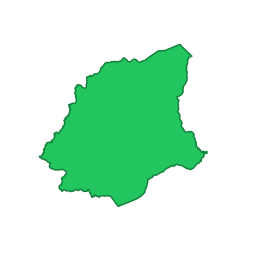 José Joaquín de Herrera, Guerrero, Mexico (Albers equal-area conic projection), rotated 240°
{"feature_id": "50627088B58931459809132", "entity_name": "José Joaquín de Herrera", "entity_type": "district", "adm_level": 2, "iso_a3": "MEX", "parent_name": "Mexico", "parent_adm1": "Guerrero", "projection": "albers", "projection_center": [-98.998, 17.441], "detail": "fine", "context": "isolated", "style": "filled", "palette": "green", "viewbox_px": 256, "rotation_deg": 240, "n_neighbors": 0, "source": "geoboundaries", "source_scale": "gbopen_adm2", "svg_char_len": 5731}
<svg xmlns="http://www.w3.org/2000/svg" viewBox="0 0 256 256"><g transform="rotate(240 128 128)"><path d="M174.0,215.1L174.7,213.5L176.7,198.4L179.6,192.7L178.9,182.5L178.1,176.5L179.0,173.0L178.9,171.6L179.3,170.6L179.9,170.1L180.7,169.7L181.2,169.7L183.1,169.1L184.2,168.3L184.6,167.6L184.7,167.0L184.3,163.1L184.7,162.1L185.3,161.4L186.0,161.2L187.0,161.1L189.6,160.2L190.3,159.9L190.9,159.2L191.0,158.7L189.7,156.6L190.0,153.8L190.4,152.6L191.3,150.7L191.6,150.8L193.8,146.6L193.8,145.2L194.0,144.5L194.7,143.4L195.1,142.8L195.5,141.8L195.6,140.5L194.1,137.6L193.8,136.7L193.8,135.2L193.5,134.5L191.1,132.2L190.3,129.5L190.3,128.8L191.7,125.5L190.7,123.5L190.6,122.7L191.2,122.0L192.0,122.2L192.4,121.5L192.1,120.9L192.6,117.5L190.6,116.8L188.9,115.6L188.3,115.6L185.9,113.2L184.9,112.9L184.2,112.2L183.8,110.6L184.4,110.0L185.0,109.7L185.9,108.9L188.1,108.7L189.5,107.6L190.2,106.3L190.7,106.0L190.6,105.5L190.3,105.1L190.0,104.0L189.5,103.9L189.3,103.7L189.2,102.4L189.0,102.1L188.7,101.9L187.7,101.8L187.3,101.4L186.5,101.4L186.1,100.8L185.6,100.6L185.5,100.0L185.2,99.5L184.5,99.6L184.0,99.3L183.7,99.4L183.0,99.0L182.1,99.1L181.3,98.2L179.7,98.0L179.0,97.8L178.3,97.2L176.8,96.5L176.5,96.2L176.1,94.9L176.3,93.8L176.5,93.0L177.2,92.1L177.3,90.9L177.0,90.3L177.1,89.9L177.8,89.0L177.9,88.4L177.6,88.3L176.2,88.7L176.1,87.6L175.7,87.6L175.3,87.9L174.9,87.9L173.6,87.1L173.3,87.1L173.2,87.5L172.6,87.5L172.6,86.4L170.4,85.1L170.3,84.5L169.5,83.8L169.5,83.4L168.4,82.5L168.8,81.9L168.4,81.7L168.1,80.9L168.4,80.1L168.2,79.5L168.2,79.0L167.8,78.5L167.4,78.8L166.8,78.7L166.9,77.4L166.6,76.4L166.1,76.2L165.2,76.5L165.0,76.4L163.1,74.7L162.5,74.5L162.1,74.0L162.0,72.3L161.7,72.3L161.3,72.7L160.9,72.5L160.8,72.3L160.6,70.8L160.0,70.1L159.7,69.4L159.8,68.3L158.9,66.6L158.1,65.7L158.0,65.2L158.1,64.9L158.4,64.7L159.7,64.4L160.1,63.8L160.1,61.1L159.9,60.9L159.3,61.3L158.8,61.4L157.9,60.2L156.6,59.9L155.9,58.7L155.9,58.3L155.2,57.0L155.2,56.6L155.4,55.8L154.9,55.5L154.1,55.4L153.8,55.1L153.7,54.8L153.8,54.5L154.7,54.6L154.5,54.2L154.1,53.7L155.1,52.5L155.5,50.7L155.7,50.2L155.7,49.9L154.5,49.0L154.4,48.7L154.5,47.7L154.3,47.5L154.2,47.4L153.4,47.4L152.8,46.9L151.7,44.3L151.3,44.1L151.1,44.6L150.7,44.6L150.4,44.3L150.4,44.1L150.1,43.6L149.8,43.4L149.0,43.4L148.8,42.0L147.9,41.9L147.8,41.7L148.0,40.9L147.1,39.5L146.9,38.7L147.0,38.2L147.6,37.6L147.6,37.1L147.1,36.9L146.7,37.0L145.2,37.9L144.1,38.1L143.5,39.2L141.8,40.2L141.6,40.2L141.2,41.0L140.9,41.2L140.0,41.3L139.6,41.5L138.7,41.5L137.3,42.5L137.0,42.5L136.7,43.0L136.2,43.3L135.9,43.3L135.9,42.8L135.6,42.3L134.1,40.7L133.0,40.6L132.2,40.8L131.1,41.3L130.8,41.8L129.8,42.6L128.5,43.5L128.1,44.1L126.2,47.3L125.2,50.0L124.9,50.6L124.3,51.1L123.9,51.5L123.5,51.5L121.8,52.5L121.0,52.7L120.3,52.5L118.8,51.0L118.9,50.4L117.9,48.1L118.1,46.6L117.9,45.8L117.6,45.5L117.4,45.0L116.3,45.2L115.9,44.8L114.3,44.4L113.8,43.4L113.8,43.1L113.0,42.5L112.4,42.5L112.4,40.4L111.9,39.1L111.2,38.9L110.1,38.4L109.3,38.3L108.8,39.1L108.1,39.1L107.9,39.0L107.5,39.3L106.3,39.2L106.3,40.3L106.8,41.2L106.1,42.2L104.5,43.0L103.6,44.9L101.8,46.4L101.0,48.4L100.6,49.9L101.0,51.1L101.0,52.0L100.0,52.6L98.8,53.5L98.8,54.7L98.5,56.2L98.5,56.8L96.8,57.2L95.4,58.0L94.8,58.6L94.4,59.7L93.7,60.8L93.9,61.7L94.7,62.3L94.8,62.7L94.4,62.8L92.2,62.8L91.7,62.6L90.8,62.8L89.9,62.3L89.1,62.6L88.4,62.6L86.1,62.1L85.6,64.6L86.6,65.2L86.2,66.1L84.6,66.6L83.7,68.0L82.4,68.3L82.8,69.7L82.6,71.3L82.1,72.4L81.3,72.8L80.5,74.0L80.1,75.4L79.2,76.8L77.6,78.8L65.1,80.3L63.4,91.5L62.3,100.1L62.4,103.5L62.5,104.9L63.2,108.1L63.8,110.2L64.8,110.9L65.5,111.7L68.3,115.3L72.0,118.5L73.6,119.5L73.1,120.5L73.4,121.6L73.4,122.5L73.4,123.2L73.2,123.6L73.2,124.8L73.4,125.4L73.8,125.7L74.2,126.3L74.2,127.0L73.9,127.9L73.0,128.9L72.9,129.5L73.2,132.4L73.0,135.8L72.7,135.9L72.5,136.2L72.5,136.8L73.2,138.6L73.5,139.9L73.6,142.5L73.4,143.0L73.3,144.1L73.7,145.9L73.5,146.7L72.1,148.3L72.2,151.7L71.8,152.3L71.1,152.8L70.5,153.7L68.7,155.6L68.5,156.0L66.8,157.0L66.0,157.1L64.4,158.2L63.7,158.5L62.7,159.5L62.5,160.0L60.9,161.1L60.8,161.4L60.7,161.8L60.8,162.9L60.4,163.8L60.9,165.5L61.6,167.3L61.6,167.6L62.3,168.8L62.4,170.0L62.2,170.7L62.2,171.9L62.8,173.5L62.7,174.9L64.4,175.8L65.0,176.5L65.1,178.5L65.3,179.3L65.6,179.6L66.4,180.1L66.6,180.3L67.4,181.0L68.5,181.0L68.2,181.9L66.9,182.9L66.7,183.2L66.7,183.7L66.9,183.9L67.7,183.8L67.8,184.4L67.9,184.5L68.0,184.5L68.0,184.2L68.3,184.2L68.2,183.2L68.8,182.5L69.6,182.2L69.8,182.0L69.9,181.0L70.5,180.8L70.5,179.6L71.3,179.5L72.4,179.7L73.0,179.6L73.7,179.0L74.2,179.2L74.8,179.1L74.9,178.2L75.2,178.1L76.3,178.6L76.8,178.6L77.7,178.0L78.4,178.1L78.8,178.2L79.6,179.0L80.7,179.2L81.2,179.8L81.6,179.9L82.5,179.7L84.0,180.1L84.9,180.6L85.6,180.7L87.0,180.6L87.7,180.4L88.0,180.6L88.9,181.8L90.2,182.0L92.6,181.5L93.4,180.9L93.4,180.5L94.4,179.0L94.7,178.3L94.6,177.8L94.7,177.1L95.4,176.4L95.6,175.8L96.0,175.5L97.1,175.5L97.5,175.2L98.2,175.5L98.8,175.5L99.3,175.2L99.8,175.4L100.6,175.4L101.4,174.9L102.7,175.0L103.3,175.3L104.9,176.8L105.7,177.4L106.9,177.3L108.0,177.6L109.1,177.3L110.2,177.3L112.7,179.1L113.2,179.4L114.9,179.4L115.6,179.1L116.4,179.4L117.2,179.3L118.2,179.8L118.3,180.5L119.0,181.4L120.7,181.9L122.1,182.9L124.7,183.8L126.3,185.9L127.6,185.5L128.6,185.8L129.2,185.4L129.7,185.4L130.6,186.1L130.1,187.9L130.2,190.9L130.4,191.5L131.5,193.4L132.4,194.2L133.8,194.8L134.8,195.5L136.6,197.2L137.3,199.0L138.1,200.1L139.1,202.1L139.8,202.8L141.9,204.3L144.7,205.3L145.3,205.7L145.9,206.6L146.5,207.0L147.8,207.4L148.7,207.4L149.7,207.8L150.5,208.7L151.6,209.5L152.8,209.8L153.6,211.4L154.6,212.2L155.8,212.8L156.7,213.5L158.2,215.3L158.6,216.2L158.5,219.1L172.6,215.1L174.0,215.1Z" fill="#22c55e" stroke="#15803d" stroke-width="1.5"/></g></svg>